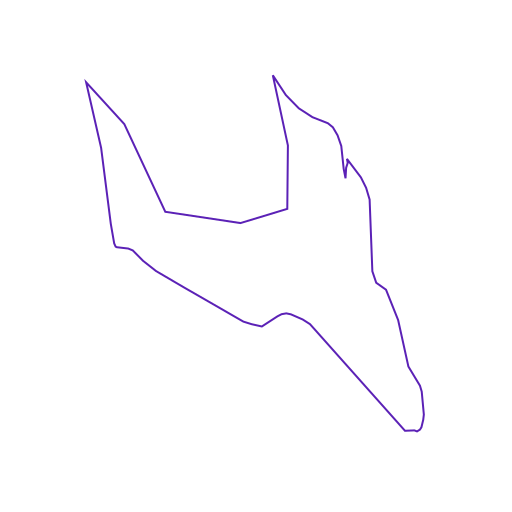 an SVG outline of Höfuðborgarsvæði, rotated 79°
{"feature_id": "ISL-709", "entity_name": "Höfuðborgarsvæði", "entity_type": "Region", "adm_level": 1, "iso_a3": "ISL", "parent_name": "Iceland", "parent_adm1": "", "projection": "robinson", "projection_center": [-21.536, 64.199], "detail": "fine", "context": "isolated", "style": "outline", "palette": "violet", "viewbox_px": 512, "rotation_deg": 79, "n_neighbors": 0, "source": "natural_earth", "source_scale": "10m", "svg_char_len": 834}
<svg xmlns="http://www.w3.org/2000/svg" viewBox="0 0 512 512"><g transform="rotate(79 256 256)"><path d="M81.8,205.0L103.7,196.0L119.2,185.8L130.5,174.1L139.4,160.1L144.3,156.0L153.1,152.9L164.3,151.3L187.2,153.3L196.8,153.3L186.6,150.7L182.1,148.2L178.0,148.2L198.9,138.0L210.1,134.9L222.3,133.7L293.2,144.7L305.2,143.1L313.9,134.8L346.0,128.7L393.6,127.5L414.6,119.8L420.8,119.2L443.7,121.5L448.7,123.1L455.7,126.3L457.7,128.2L458.9,131.4L457.4,133.8L456.0,143.1L333.2,216.0L327.2,222.3L319.9,232.9L318.1,237.2L318.0,242.0L319.3,246.4L326.3,263.7L322.1,273.3L318.0,280.9L273.1,332.7L251.8,356.9L239.3,367.7L227.0,375.9L224.3,380.0L220.8,391.0L220.0,392.0L216.6,392.8L196.7,392.4L120.3,387.4L53.1,389.6L101.4,360.1L195.3,336.6L220.7,265.0L215.7,216.3L153.6,203.6L81.8,205.0Z" fill="none" stroke="#5b21b6" stroke-width="2"/></g></svg>